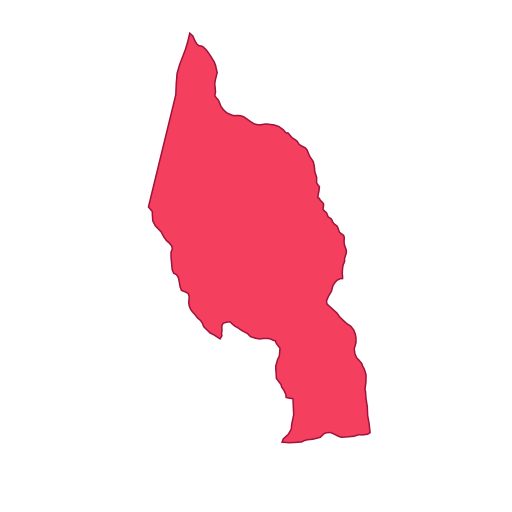 Ugentse, Samchi, Bhutan (Albers equal-area conic projection), rotated 136°
{"feature_id": "84629894B16110378208997", "entity_name": "Ugentse", "entity_type": "district", "adm_level": 2, "iso_a3": "BTN", "parent_name": "Bhutan", "parent_adm1": "Samchi", "projection": "albers", "projection_center": [89.003, 26.958], "detail": "fine", "context": "isolated", "style": "filled", "palette": "rose", "viewbox_px": 512, "rotation_deg": 136, "n_neighbors": 0, "source": "geoboundaries", "source_scale": "gbopen_adm2", "svg_char_len": 3406}
<svg xmlns="http://www.w3.org/2000/svg" viewBox="0 0 512 512"><g transform="rotate(136 256 256)"><path d="M296.6,49.7L291.1,56.8L286.4,63.8L280.7,70.2L275.9,77.0L271.4,82.4L270.1,84.5L264.4,89.0L259.3,94.2L256.7,99.4L255.8,102.6L254.6,105.2L254.3,109.5L254.3,112.8L252.8,116.9L249.7,121.1L244.4,124.1L241.0,127.6L238.9,130.7L237.1,134.9L236.6,139.8L237.7,144.6L238.0,149.8L238.1,154.0L237.4,158.8L238.3,172.1L236.5,174.7L232.1,176.6L226.3,178.2L221.5,181.1L218.1,182.0L214.7,182.3L211.2,181.2L209.4,179.6L207.6,181.5L206.4,183.2L204.3,185.2L201.9,187.3L199.3,189.2L197.6,189.8L195.6,190.9L194.5,192.3L192.5,193.6L189.9,194.9L188.3,196.0L187.0,197.4L186.2,199.2L185.5,200.8L184.4,202.9L183.0,204.8L181.8,206.0L179.8,207.8L178.6,209.9L179.1,212.5L179.5,215.1L178.3,217.6L177.5,219.4L176.9,221.4L177.5,224.7L177.2,227.3L176.4,228.9L176.1,230.8L176.9,234.0L176.2,235.8L175.2,238.2L175.4,239.9L175.5,242.7L174.4,243.9L172.0,245.6L171.1,246.9L170.9,249.5L171.1,251.3L170.4,253.4L171.0,255.1L168.1,257.3L166.0,258.7L164.0,260.3L162.3,261.7L162.0,264.7L161.5,266.6L159.7,268.4L157.8,270.4L156.7,272.6L155.0,276.0L153.8,277.4L151.2,280.8L149.3,284.1L148.9,285.7L148.6,287.9L148.3,289.7L147.7,291.6L146.4,294.8L145.6,296.8L145.4,299.6L147.0,304.3L147.4,306.5L146.7,309.9L146.9,312.0L147.9,315.9L147.5,322.4L148.9,323.5L148.8,326.0L148.7,327.9L149.3,331.3L149.6,333.2L150.6,335.1L151.8,337.5L153.6,339.8L154.8,341.2L156.1,343.0L157.8,344.6L160.5,346.5L162.7,348.1L164.2,350.2L165.4,352.1L166.5,356.1L167.5,361.5L167.8,363.4L168.3,365.1L169.7,367.6L171.2,369.5L173.3,371.3L174.9,373.0L175.9,375.2L177.3,378.4L177.7,380.8L177.8,382.5L177.7,385.1L177.2,388.4L176.0,391.0L174.8,394.1L174.6,397.6L174.4,399.5L173.3,400.7L171.5,401.8L168.7,405.1L166.9,407.5L165.6,408.9L162.3,411.3L160.2,412.6L158.0,414.0L156.6,414.8L154.6,418.1L153.8,419.5L152.8,420.9L152.0,422.8L151.2,424.7L150.7,427.2L149.9,430.6L149.5,432.8L149.0,435.8L148.6,439.2L148.7,441.0L148.8,443.4L149.5,445.1L151.0,447.0L151.3,449.4L150.6,452.6L149.8,455.0L148.6,458.2L148.9,462.3L155.2,458.2L163.1,453.7L178.2,446.6L185.9,442.2L193.3,435.7L201.7,427.7L275.6,381.0L299.3,366.0L299.7,360.1L302.5,357.0L305.8,353.0L306.4,351.2L307.5,347.5L307.5,343.0L307.5,339.3L309.1,333.7L309.7,329.3L309.4,325.4L309.7,321.7L311.3,319.2L314.4,317.8L316.9,315.3L319.1,312.8L321.6,309.6L325.8,304.4L327.2,300.7L326.1,297.9L326.9,294.3L329.6,290.1L331.9,286.7L333.5,283.1L331.9,279.5L330.8,276.1L332.4,273.0L336.7,269.3L338.5,266.8L339.3,265.2L340.1,262.9L340.5,260.1L340.6,256.2L341.1,251.7L340.7,248.3L341.2,245.1L342.7,241.4L342.7,239.4L342.6,237.2L342.5,232.4L341.1,228.6L339.4,221.3L335.9,222.3L335.0,223.8L332.2,226.1L329.0,229.6L326.3,230.4L323.6,229.1L320.4,226.8L320.3,223.2L319.9,220.1L319.0,217.3L318.0,212.3L316.0,206.1L316.0,201.9L313.6,197.3L311.2,194.0L307.7,191.3L304.5,188.2L303.1,186.0L302.2,183.4L301.0,181.6L301.9,179.6L302.3,177.7L302.8,173.0L307.7,168.7L309.0,167.7L312.1,166.7L318.0,163.3L319.9,161.4L324.0,156.5L326.4,153.7L327.3,146.2L328.6,143.9L329.3,139.7L330.7,135.7L332.6,133.3L330.6,130.3L328.5,127.7L339.2,115.6L347.1,110.2L351.0,106.9L356.7,105.3L363.4,105.5L366.6,104.0L361.6,98.4L356.9,94.3L352.1,90.4L350.0,89.9L346.8,88.2L342.2,84.6L335.7,80.9L330.4,80.9L327.9,79.8L324.9,77.1L323.5,73.6L322.0,69.2L320.6,66.4L316.0,62.5L310.8,58.3L306.0,55.9L303.7,53.3L299.4,50.2L296.6,49.7Z" fill="#f43f5e" stroke="#9f1239" stroke-width="1.5"/></g></svg>